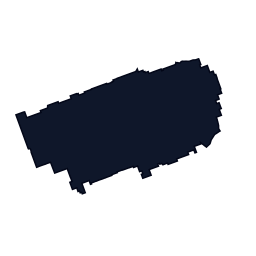 Tammin, Western Australia, Australia (orthographic projection), rotated 250°
{"feature_id": "25037944B7078020583356", "entity_name": "Tammin", "entity_type": "district", "adm_level": 2, "iso_a3": "AUS", "parent_name": "Australia", "parent_adm1": "Western Australia", "projection": "orthographic", "projection_center": [117.495, -31.605], "detail": "fine", "context": "isolated", "style": "filled", "palette": "ink", "viewbox_px": 256, "rotation_deg": 250, "n_neighbors": 0, "source": "geoboundaries", "source_scale": "gbopen_adm2", "svg_char_len": 4797}
<svg xmlns="http://www.w3.org/2000/svg" viewBox="0 0 256 256"><g transform="rotate(250 128 128)"><path d="M93.7,213.5L95.9,213.0L96.2,213.0L96.9,213.1L98.3,213.6L99.5,214.0L100.5,214.1L101.2,214.2L102.8,214.4L103.8,214.5L104.3,214.5L105.1,214.6L105.6,214.7L105.8,214.7L106.1,214.7L106.9,214.7L107.1,214.7L107.8,214.7L108.0,214.7L108.0,220.1L114.3,220.1L114.4,222.3L116.7,222.2L120.6,222.2L120.6,219.7L123.9,219.7L123.9,221.7L123.9,222.1L123.9,222.6L123.9,222.8L124.0,223.5L124.7,223.5L128.6,223.5L128.6,224.6L128.6,225.4L128.6,225.5L128.6,227.7L128.6,227.9L133.0,227.9L133.0,228.6L144.6,228.6L144.6,228.8L148.3,228.8L148.3,227.4L152.3,227.4L152.3,224.5L152.3,223.9L159.6,223.9L159.6,218.0L159.7,216.9L162.7,216.9L162.7,218.1L168.7,218.1L168.8,218.1L168.9,217.9L168.9,217.6L168.9,217.1L168.9,216.4L168.9,215.1L168.9,214.9L168.9,214.7L169.0,214.5L169.2,213.8L169.5,213.0L169.6,212.5L169.7,212.2L169.7,211.9L169.7,211.5L169.7,210.9L169.7,209.8L169.7,208.9L169.8,208.5L169.8,208.3L169.8,208.2L170.1,207.4L170.5,206.4L170.8,205.6L171.2,204.5L171.5,203.6L171.8,202.8L172.0,202.3L172.2,201.8L172.2,201.6L172.2,201.3L172.2,201.2L172.2,200.9L172.2,200.7L171.9,200.2L171.7,199.8L171.6,199.7L171.5,199.4L171.4,199.2L171.4,198.9L171.5,198.7L171.6,198.4L171.8,198.0L172.0,197.6L172.2,197.3L172.3,197.1L172.5,196.9L172.6,196.4L172.8,196.0L172.9,195.8L173.1,195.5L173.2,195.4L172.8,195.2L172.3,194.8L171.4,194.3L171.4,194.2L171.4,180.9L170.2,180.9L170.2,179.3L172.1,179.3L172.1,171.4L172.1,169.8L172.0,168.1L172.1,166.9L172.1,166.3L174.1,166.3L174.1,163.2L175.3,163.2L175.3,161.7L177.1,161.7L177.1,156.9L180.3,156.9L179.7,156.2L179.2,155.6L178.5,154.7L178.4,154.7L178.4,153.9L178.4,153.7L178.4,153.4L178.4,153.1L178.4,152.9L178.4,152.6L178.4,152.4L178.4,152.2L178.4,151.9L178.4,151.5L178.4,151.3L178.4,151.1L178.4,150.9L178.4,150.7L178.4,150.4L178.4,150.2L178.4,149.9L178.4,149.2L178.4,148.7L178.4,148.2L178.4,147.9L178.4,147.7L178.4,147.4L178.4,147.2L178.4,146.8L178.4,145.7L178.4,145.8L178.4,135.0L178.1,135.0L178.1,134.6L178.2,134.4L178.2,130.3L176.8,130.3L176.8,128.4L176.4,128.4L176.4,123.2L177.2,123.2L177.2,107.1L176.8,107.1L176.8,99.3L175.6,99.3L175.6,98.3L175.6,97.9L175.6,97.3L175.6,96.2L175.6,95.2L175.6,94.0L175.6,93.0L177.5,93.0L177.5,91.2L177.9,91.2L177.9,84.7L174.9,84.7L174.9,74.4L174.8,71.3L176.6,71.3L176.6,71.2L176.6,60.2L175.4,59.7L174.3,59.3L174.3,51.6L173.5,51.6L172.3,51.6L172.3,36.4L174.3,36.4L175.8,36.4L177.4,36.4L178.5,36.4L178.7,35.3L178.7,34.2L178.7,32.9L178.7,31.1L178.7,29.9L178.7,29.5L178.7,27.2L175.3,27.2L172.3,27.2L169.4,27.2L168.0,27.2L166.1,27.2L165.5,27.2L162.8,27.2L159.9,27.2L159.1,27.2L157.8,27.2L156.2,27.2L154.7,27.2L151.6,27.2L149.4,27.2L144.4,27.2L143.0,27.2L142.8,27.2L142.7,27.2L142.6,27.3L142.4,27.4L142.3,27.5L142.3,27.8L142.3,28.5L142.2,28.8L142.0,29.0L141.9,29.1L141.7,29.1L140.8,29.1L139.7,29.1L139.3,29.0L139.0,28.9L138.8,28.8L138.6,28.8L138.4,28.7L137.6,28.7L136.6,28.7L135.6,28.7L135.0,28.7L134.8,28.7L134.7,28.7L133.4,28.7L131.1,28.7L130.5,28.7L130.0,28.7L128.9,28.7L128.4,28.7L127.6,28.7L126.2,28.7L125.1,28.7L124.9,28.7L123.4,28.7L122.6,28.7L122.3,28.7L122.3,29.9L122.4,31.1L122.4,32.5L122.4,33.8L122.4,34.9L122.3,38.2L122.4,39.7L122.3,42.6L122.3,43.5L110.7,43.7L110.7,44.6L110.7,48.7L110.7,50.4L110.7,52.0L110.7,53.5L110.7,54.7L110.7,56.2L110.7,57.0L110.3,57.0L109.4,57.0L107.0,57.0L105.4,57.0L104.2,57.0L101.7,57.0L101.4,57.0L101.1,57.1L100.9,57.1L97.0,57.1L96.9,57.1L96.9,54.8L89.3,54.8L89.3,59.4L85.4,59.3L85.4,60.9L83.4,60.9L83.4,62.5L81.8,62.5L81.8,65.7L91.8,65.7L91.9,73.5L87.9,73.5L87.9,74.6L88.8,74.6L89.0,74.7L88.9,74.8L88.9,76.0L88.9,77.6L89.0,78.8L88.9,79.9L88.9,80.9L89.0,82.2L89.0,82.7L89.0,83.8L88.9,86.6L89.0,89.3L88.9,89.5L88.9,89.9L88.9,90.1L89.0,90.5L89.0,92.3L89.0,96.6L89.7,96.6L89.7,102.6L90.5,102.6L90.5,108.7L90.3,108.7L90.3,116.0L90.2,116.0L90.2,119.7L89.0,119.7L89.0,124.0L83.3,124.0L83.0,124.0L83.0,126.3L79.9,126.3L79.9,124.7L79.3,124.7L79.2,124.7L75.7,124.7L75.7,133.6L81.6,133.6L81.7,134.0L81.7,134.3L81.7,135.2L81.7,135.3L81.7,137.2L81.7,143.6L84.0,143.5L84.0,143.8L84.0,145.5L83.2,145.5L83.1,145.9L83.1,146.0L83.1,147.6L83.0,147.8L82.9,147.9L81.8,147.9L81.7,148.0L81.5,148.3L81.6,152.8L81.5,153.0L81.4,153.1L81.2,153.2L80.4,153.2L80.1,153.2L80.1,153.4L80.1,153.5L80.1,156.7L80.1,159.5L80.1,163.1L82.3,163.1L82.3,175.9L84.9,175.9L84.9,182.3L81.7,182.4L81.7,184.0L88.1,184.0L88.1,191.4L89.2,191.4L88.3,192.0L87.6,192.4L86.6,193.1L85.5,193.7L84.6,194.3L84.0,194.7L83.2,195.2L83.6,196.0L84.7,198.6L84.9,199.1L85.0,199.3L85.1,199.5L85.3,199.7L85.4,199.8L85.8,200.2L86.8,200.9L87.7,201.6L88.4,202.1L88.5,202.2L88.6,202.3L88.9,202.8L89.5,203.5L89.9,204.1L90.7,205.1L91.4,206.0L92.0,206.8L92.2,207.1L92.4,207.6L92.6,208.7L92.8,209.6L93.1,210.8L93.6,212.7L93.7,213.5Z" fill="#0f172a" stroke="#020617" stroke-width="1.5"/></g></svg>